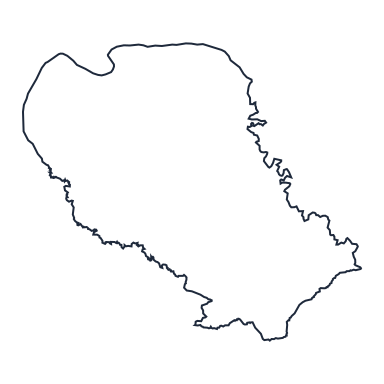 Nong Bua Rawe, Chaiyaphum, Thailand
{"feature_id": "78962969B25031101148047", "entity_name": "Nong Bua Rawe", "entity_type": "district", "adm_level": 2, "iso_a3": "THA", "parent_name": "Thailand", "parent_adm1": "Chaiyaphum", "projection": "mercator", "projection_center": [101.656, 15.825], "detail": "fine", "context": "isolated", "style": "outline", "palette": "slate", "viewbox_px": 384, "rotation_deg": 0, "n_neighbors": 0, "source": "geoboundaries", "source_scale": "gbopen_adm2", "svg_char_len": 5968}
<svg xmlns="http://www.w3.org/2000/svg" viewBox="0 0 384 384"><path d="M243.6,73.9L239.6,67.3L230.6,60.3L228.8,56.1L224.8,51.6L221.5,49.9L202.9,44.1L197.2,44.6L191.3,43.6L185.8,43.4L176.5,44.9L172.3,44.6L161.9,46.0L155.2,45.6L147.6,46.8L143.4,45.3L138.6,44.6L129.8,45.5L123.9,45.3L116.8,46.7L111.6,49.5L107.9,54.7L108.0,55.8L113.9,64.4L114.0,66.5L112.9,69.5L111.1,72.1L105.6,74.4L101.7,75.4L98.0,74.9L93.1,73.3L85.3,68.8L76.9,64.9L73.3,60.7L67.3,55.8L62.9,53.7L60.5,53.6L58.7,54.2L47.6,62.0L45.6,62.9L41.8,67.9L36.4,79.1L28.0,93.6L26.6,98.8L23.9,104.8L23.0,111.8L23.6,131.4L28.2,140.3L32.7,143.8L37.8,153.9L41.9,158.6L42.4,161.7L46.5,164.8L48.1,165.3L49.1,167.3L48.9,168.0L50.9,168.9L50.8,169.7L50.4,169.0L49.9,169.9L50.6,170.1L50.3,171.3L51.3,172.7L49.9,172.7L50.7,173.4L49.9,175.0L50.5,175.2L50.3,175.7L51.0,176.3L51.0,177.1L51.4,176.9L51.8,177.5L52.8,177.1L52.7,177.7L53.5,178.0L54.8,177.6L55.0,176.9L56.1,176.9L56.7,177.5L60.0,178.7L62.3,180.9L63.9,180.3L64.4,181.3L65.1,179.6L65.7,181.0L67.3,180.5L68.6,181.7L68.4,182.3L69.1,182.3L69.0,184.1L69.9,184.7L69.8,186.5L65.8,185.9L64.3,186.8L65.0,190.4L67.9,192.5L66.7,194.2L67.2,194.7L66.6,195.6L67.5,197.1L66.5,197.1L66.2,198.8L66.9,200.2L69.0,201.7L71.6,200.6L72.8,200.9L71.7,204.3L73.7,207.4L72.8,214.5L74.2,218.0L73.8,219.0L74.9,220.8L76.5,222.2L78.5,223.0L77.9,224.5L77.4,224.4L77.5,225.1L78.5,225.3L80.5,224.0L83.0,227.4L83.7,226.7L84.5,227.3L86.7,227.0L88.1,228.2L88.1,229.0L89.4,229.2L91.7,230.9L93.5,230.3L94.4,229.4L96.2,229.7L96.7,230.7L94.0,232.2L93.3,234.6L97.2,234.7L99.4,236.0L99.5,237.5L100.6,238.0L102.5,240.9L102.4,242.7L105.1,243.9L105.7,243.3L105.5,242.3L106.1,242.0L109.3,242.2L109.8,243.3L111.1,244.0L111.0,241.9L114.6,242.0L116.2,243.0L117.0,241.8L117.6,243.1L118.6,242.7L119.3,243.3L120.1,244.9L121.4,244.9L121.6,247.2L123.1,248.5L124.6,246.4L124.6,245.1L126.0,246.3L128.2,245.9L131.5,246.4L131.7,244.0L133.4,242.6L135.3,243.5L137.5,242.9L137.0,244.7L138.3,244.8L138.5,245.7L137.8,245.8L138.4,246.4L140.4,245.3L142.7,245.3L143.1,247.6L144.5,248.9L142.6,249.4L142.1,251.4L144.4,252.5L145.4,253.8L146.0,256.0L148.5,257.6L147.9,258.6L148.1,259.3L149.0,259.6L149.7,259.2L150.2,260.6L150.7,260.6L151.3,260.0L151.2,256.5L152.0,257.7L152.3,256.8L152.9,256.8L153.4,257.4L153.6,259.7L155.7,261.5L157.6,262.1L159.1,263.4L160.3,267.2L162.3,267.9L161.8,266.0L162.1,265.3L163.1,264.5L165.4,264.7L166.5,265.3L166.8,267.0L167.6,267.8L167.1,268.2L168.4,269.8L169.6,269.2L170.7,271.1L171.2,270.6L171.9,271.6L173.4,271.3L174.0,273.7L175.1,274.5L175.5,275.8L178.0,276.8L178.6,275.9L183.0,275.9L184.0,274.9L185.4,276.1L186.5,277.4L186.4,279.8L185.6,282.2L185.9,283.3L184.9,284.1L184.1,287.7L186.7,290.5L191.9,291.3L200.5,294.7L204.1,297.0L206.7,297.8L208.4,299.3L209.9,299.4L211.7,300.3L211.6,301.1L208.2,302.2L207.1,303.7L201.9,305.5L201.6,307.9L203.1,310.4L203.2,313.5L206.3,316.6L205.4,317.4L202.9,317.9L201.2,321.2L197.3,320.9L195.7,321.7L195.4,324.7L194.9,325.1L197.7,325.5L200.4,325.0L201.5,326.4L202.8,326.7L203.4,327.4L207.4,327.7L208.9,328.3L210.1,328.0L210.8,326.7L211.6,328.0L212.8,328.5L214.0,328.1L217.0,329.0L217.5,327.7L219.2,327.6L220.2,325.9L221.3,325.7L223.2,326.5L225.1,325.3L228.6,325.3L229.8,323.2L234.2,320.3L234.8,320.7L235.0,320.2L236.8,320.2L237.0,319.3L237.8,319.4L238.2,318.7L238.9,318.8L240.1,319.5L243.6,324.0L244.9,324.5L246.9,324.3L247.2,322.8L249.5,322.4L250.1,323.0L250.8,322.4L252.6,322.3L255.2,327.7L260.9,333.8L262.8,338.9L264.3,340.1L268.5,339.5L269.8,340.6L271.6,339.0L274.0,339.1L275.8,338.1L277.9,338.6L282.8,337.9L283.7,337.1L285.5,336.7L286.1,335.3L286.7,335.4L286.6,333.7L287.1,333.0L286.6,331.6L287.2,324.9L286.8,321.9L288.5,320.2L289.3,320.3L289.7,317.9L290.7,317.6L291.7,316.0L294.6,313.4L299.4,304.9L302.7,302.2L305.5,300.7L311.5,299.3L312.2,297.8L313.9,297.0L313.7,296.4L315.7,294.3L316.1,292.9L319.8,291.5L319.5,288.9L320.7,288.1L324.4,288.3L325.8,288.1L326.5,287.1L327.6,287.2L327.9,286.3L329.4,285.3L330.0,283.7L331.5,283.0L331.6,281.5L332.9,279.8L332.9,279.0L334.0,278.1L335.2,277.9L335.8,275.8L338.7,274.1L339.8,272.8L345.6,272.2L346.6,271.2L349.6,271.1L350.4,270.3L351.4,270.6L353.7,269.7L355.7,270.2L360.6,269.0L361.0,268.3L360.3,267.3L355.4,265.2L354.6,264.3L355.3,262.9L355.2,259.7L353.7,256.6L352.8,252.9L355.3,251.2L357.6,247.0L357.8,246.3L356.5,244.2L352.1,243.8L350.0,240.7L347.4,238.1L346.4,238.8L345.7,241.2L343.8,243.4L341.3,242.6L338.1,244.6L336.4,244.6L337.6,240.2L334.4,239.4L334.4,236.7L333.4,235.0L331.0,235.2L330.2,234.6L329.8,230.1L327.6,227.6L329.4,220.6L328.3,219.6L327.7,217.1L325.3,215.7L322.8,215.8L320.2,217.0L318.0,215.1L316.2,215.1L315.6,213.5L314.7,212.8L312.7,212.5L308.7,215.2L308.3,219.4L304.5,221.0L303.5,218.8L303.5,217.2L302.0,215.5L303.0,211.1L298.9,211.3L296.5,206.4L294.3,207.2L291.3,207.3L289.9,205.7L288.5,202.1L286.8,199.5L287.7,193.4L284.3,191.2L285.0,189.7L289.3,186.3L290.3,184.0L289.7,183.2L286.1,182.7L282.3,182.6L280.6,183.6L280.2,180.4L281.2,179.5L283.8,180.4L285.1,177.7L287.0,176.0L291.2,177.4L289.0,172.2L287.0,169.2L286.4,169.1L283.9,170.1L283.6,173.1L282.5,175.5L281.8,175.8L280.2,175.4L279.0,174.3L278.3,172.3L277.2,171.0L279.2,166.7L276.6,164.8L280.4,162.3L281.2,161.3L281.2,160.3L274.3,158.8L273.1,162.8L271.3,166.2L269.4,167.6L268.4,167.0L263.9,161.1L264.3,158.2L266.0,156.4L267.2,153.8L267.3,152.5L266.0,152.0L263.6,152.4L261.3,152.0L260.4,151.2L259.6,149.5L259.6,145.8L255.9,142.5L256.5,141.7L258.7,141.1L258.8,138.9L257.2,135.5L253.9,134.7L253.5,132.9L251.2,132.1L247.5,129.1L247.9,126.7L249.7,127.0L251.3,126.1L251.1,123.9L252.0,122.9L253.1,123.3L253.5,124.4L253.2,125.7L254.3,126.1L258.6,123.2L259.5,124.2L260.9,124.1L262.8,125.5L263.9,124.0L266.1,122.6L264.8,120.8L261.2,121.1L257.3,119.3L251.9,119.5L248.7,118.7L250.3,115.7L253.1,114.7L255.7,113.0L257.1,112.9L258.0,111.9L256.0,108.7L256.0,107.1L255.3,105.4L255.4,102.4L254.3,102.8L253.1,104.2L250.2,104.1L250.0,97.8L247.6,93.5L248.7,86.6L250.0,83.4L251.8,81.7L251.5,79.6L246.8,77.3L243.6,73.9Z" fill="none" stroke="#1e293b" stroke-width="2"/></svg>